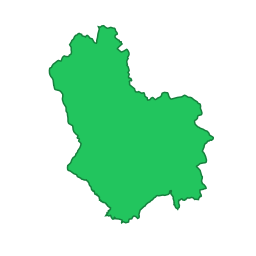 Inza, Cauca, Colombia (Mercator projection), rotated 104°
{"feature_id": "7082276B42793488331490", "entity_name": "Inza", "entity_type": "district", "adm_level": 2, "iso_a3": "COL", "parent_name": "Colombia", "parent_adm1": "Cauca", "projection": "mercator", "projection_center": [-76.088, 2.499], "detail": "fine", "context": "isolated", "style": "filled", "palette": "green", "viewbox_px": 256, "rotation_deg": 104, "n_neighbors": 0, "source": "geoboundaries", "source_scale": "gbopen_adm2", "svg_char_len": 5796}
<svg xmlns="http://www.w3.org/2000/svg" viewBox="0 0 256 256"><g transform="rotate(104 128 128)"><path d="M218.4,128.3L218.2,127.8L217.6,127.3L218.0,125.4L217.0,123.8L218.9,122.4L220.1,120.9L219.9,120.1L219.7,119.8L218.4,119.8L217.9,119.5L218.2,118.8L219.1,118.6L218.5,114.8L218.7,111.7L219.1,111.3L221.1,111.4L221.5,111.2L220.4,110.3L220.1,109.8L220.5,107.3L219.2,104.9L219.0,104.7L217.7,104.9L216.3,104.8L216.0,104.4L215.2,102.4L213.2,101.9L212.2,101.3L211.9,100.5L212.0,99.2L213.0,97.2L213.4,96.9L212.7,95.9L211.6,95.6L210.0,96.1L209.3,96.5L204.8,96.4L200.3,93.5L199.5,92.5L198.2,92.2L197.2,91.6L195.7,90.5L194.2,88.8L193.2,88.4L191.7,86.9L189.3,85.7L188.5,84.7L186.9,83.9L186.5,83.3L186.3,81.6L184.5,77.7L184.6,76.7L184.4,75.9L182.7,72.9L181.4,72.0L179.5,72.2L178.9,72.1L178.4,71.3L178.3,70.9L178.7,70.6L180.4,70.8L180.8,70.5L181.5,70.4L183.8,67.6L184.8,67.2L185.6,67.1L187.8,65.7L189.3,65.3L189.3,65.0L191.2,64.9L191.5,64.5L191.4,64.0L192.5,63.4L193.6,62.5L194.1,61.7L194.1,61.1L194.8,60.1L193.4,59.9L192.8,59.2L191.2,59.3L190.3,59.5L190.0,59.9L189.1,60.6L188.7,60.5L187.3,61.2L187.0,61.2L186.8,61.0L186.4,61.2L185.8,61.2L185.6,60.5L185.2,60.3L184.9,59.7L183.9,59.2L183.7,58.8L183.8,58.3L184.6,57.3L184.4,55.6L183.5,55.2L183.5,54.7L182.8,54.4L181.3,53.4L181.2,51.7L180.5,50.3L180.0,49.8L180.0,47.8L180.6,47.0L181.2,45.9L180.8,45.4L180.4,42.3L179.0,42.4L177.8,41.6L177.1,41.8L176.7,41.5L176.7,40.6L176.3,40.4L175.2,40.9L173.3,42.5L171.3,43.1L170.6,43.1L169.4,40.4L168.4,39.1L168.0,38.1L167.5,37.6L166.3,38.4L164.9,40.1L164.3,41.3L163.9,42.5L162.8,43.0L161.9,43.8L159.5,43.9L158.8,43.8L157.3,44.1L156.7,44.9L151.7,47.8L150.2,49.9L149.3,51.6L148.8,52.2L148.4,52.2L147.0,50.8L145.2,49.6L143.8,46.8L143.0,44.7L142.4,44.0L141.6,43.9L140.1,44.1L137.0,45.8L134.3,47.9L133.3,49.0L132.8,50.1L131.9,50.2L128.1,49.6L126.4,49.8L124.4,49.3L123.5,48.2L122.0,47.7L121.4,47.3L120.8,46.0L119.8,45.3L119.7,44.0L118.3,42.9L117.2,42.8L116.6,43.0L116.3,43.4L115.1,47.2L113.4,48.3L112.0,50.3L111.7,53.0L111.1,54.5L110.7,58.0L110.2,59.1L110.0,60.6L108.2,63.6L107.3,64.3L105.3,65.1L104.9,65.1L104.3,64.8L103.4,63.8L101.9,63.0L99.6,63.2L98.9,62.8L97.5,60.2L96.6,59.8L95.5,59.9L93.2,61.2L92.0,62.2L90.7,62.7L89.8,62.7L88.6,63.1L87.4,63.8L87.2,64.5L87.2,65.7L85.8,67.3L84.8,70.5L83.3,73.6L83.2,74.9L83.6,77.0L82.6,80.0L82.6,81.2L84.8,83.4L86.4,87.4L89.5,93.0L89.3,93.9L88.6,94.8L87.3,96.1L85.3,97.2L84.3,98.1L84.6,101.1L85.3,102.4L86.1,103.3L88.4,103.4L89.5,103.8L90.4,104.6L91.9,106.6L93.0,107.3L93.7,108.1L93.8,108.8L92.5,111.1L92.5,111.7L93.5,112.8L95.3,113.6L96.2,115.5L95.9,116.0L94.0,116.7L93.6,118.2L92.9,119.4L91.4,120.0L90.2,120.8L90.0,121.1L90.3,122.0L91.0,122.9L90.1,126.5L90.9,127.6L91.0,129.4L89.6,130.6L88.4,131.1L86.0,136.2L85.4,137.0L83.5,137.5L82.6,138.0L81.5,137.3L81.3,136.1L80.8,136.0L79.3,137.2L79.3,138.2L79.0,138.7L79.2,139.4L79.1,139.6L77.6,140.0L75.5,139.8L74.1,141.5L72.1,140.8L71.7,140.9L68.7,142.6L67.3,144.3L66.6,144.0L64.2,145.2L63.6,145.3L62.4,145.3L60.6,144.7L60.2,145.2L59.2,145.5L57.7,144.9L56.2,144.8L54.8,145.3L53.3,146.5L52.2,147.7L52.0,148.3L54.5,150.8L55.9,152.8L55.9,153.0L53.8,157.5L53.5,157.5L51.7,156.7L47.9,154.1L47.2,155.0L46.0,155.5L46.0,155.9L46.4,156.8L46.1,157.2L45.1,157.7L44.9,159.0L43.8,161.6L43.2,162.4L42.2,162.8L41.2,162.8L40.5,162.3L39.8,161.3L39.3,161.1L38.0,161.9L37.1,163.3L35.1,164.4L34.5,165.2L34.7,166.7L34.5,168.8L34.7,169.5L35.6,170.7L36.2,172.1L36.2,172.7L35.3,175.1L34.6,176.3L35.3,178.1L36.9,179.3L36.9,181.2L38.8,179.8L44.0,179.9L47.5,179.5L50.6,179.5L52.3,179.1L53.4,179.2L53.5,180.2L53.3,181.1L52.7,182.0L50.2,184.2L50.0,186.7L49.1,187.8L48.1,189.4L48.0,189.9L48.3,190.5L48.9,190.9L49.9,191.2L49.7,192.6L49.7,194.6L49.4,195.1L48.4,195.6L48.2,197.8L48.0,198.2L48.2,198.6L48.8,199.3L50.2,200.1L50.8,201.2L52.4,202.0L54.9,202.4L56.6,203.6L58.2,203.8L61.3,204.8L63.5,202.6L66.1,202.0L67.3,201.4L68.5,201.1L70.1,201.2L70.6,201.5L71.4,202.5L72.4,202.6L73.2,203.3L73.7,205.6L73.5,207.3L74.0,207.8L74.9,208.4L75.9,208.7L79.1,209.1L79.4,209.6L79.3,211.9L80.0,212.7L82.8,214.8L84.1,215.9L85.9,216.6L87.7,216.9L89.0,218.4L91.1,218.2L93.8,217.4L95.2,216.6L96.7,215.3L97.9,213.6L99.4,212.3L104.8,210.3L105.2,209.9L107.3,208.9L108.2,208.2L108.3,207.4L108.3,203.4L109.0,201.9L111.0,199.5L113.1,198.9L115.1,198.8L116.5,198.4L119.7,196.5L122.7,193.3L123.6,192.9L126.4,192.2L127.1,191.7L127.8,190.7L128.4,190.4L130.2,189.8L132.7,188.7L136.1,187.8L137.5,187.0L138.0,186.4L139.1,182.5L139.7,182.0L142.9,180.8L144.7,179.6L146.5,177.0L147.4,174.8L147.9,174.6L149.8,174.9L150.1,174.5L150.1,173.0L150.4,172.7L150.6,172.5L151.7,172.7L152.6,172.7L153.5,171.0L154.6,169.7L156.8,169.7L158.8,169.9L162.2,171.2L163.7,171.2L165.9,172.3L167.0,172.2L167.8,172.4L168.8,172.9L169.9,174.0L170.9,174.4L172.8,174.9L174.7,175.0L176.3,175.5L179.0,177.4L181.2,177.1L183.1,176.4L183.6,175.4L183.7,173.5L185.4,169.5L185.7,166.6L187.4,165.3L188.1,161.7L188.8,160.8L188.8,158.9L189.0,158.3L188.8,157.7L189.0,157.1L188.4,155.9L189.1,155.2L189.5,153.9L190.2,153.5L191.1,152.4L192.4,151.9L193.5,150.7L193.8,150.0L194.7,149.3L196.7,148.4L196.9,148.1L196.9,147.3L197.6,146.9L197.8,146.6L197.8,146.3L197.4,145.8L198.1,145.1L198.8,144.9L200.2,144.0L200.1,143.3L200.4,142.8L199.8,142.3L200.1,141.9L200.8,141.7L201.1,141.1L201.0,140.4L202.0,139.5L202.1,139.0L203.6,138.7L204.1,138.2L204.9,138.1L204.7,137.2L205.2,136.4L205.6,136.5L205.7,136.3L205.7,135.6L205.9,135.2L205.9,134.7L206.2,134.3L206.0,133.8L206.2,133.5L206.0,132.8L206.6,130.9L207.1,130.8L207.6,130.1L207.6,129.5L208.2,129.3L208.5,128.8L208.8,128.5L208.8,127.8L209.6,126.9L209.4,126.4L209.8,126.0L209.7,125.7L210.9,125.4L211.6,125.5L212.2,126.3L212.7,126.3L213.0,126.9L213.4,126.6L214.0,127.0L215.2,126.9L215.5,127.1L215.4,127.8L216.7,127.6L217.1,128.0L217.4,127.9L218.4,128.3Z" fill="#22c55e" stroke="#15803d" stroke-width="1.5"/></g></svg>